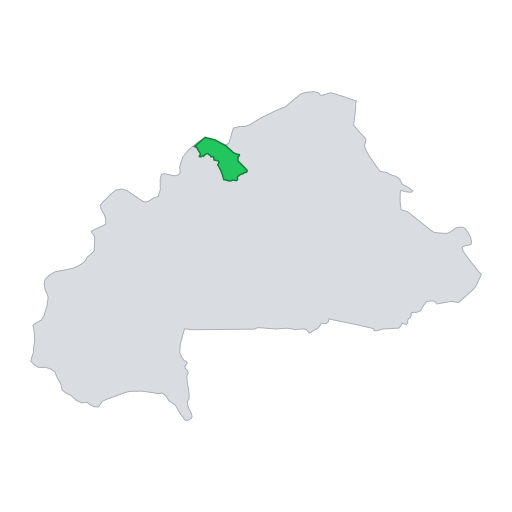 Loroum, Loroum, Burkina Faso shown in context
{"feature_id": "67063806B11896750408185", "entity_name": "Loroum", "entity_type": "district", "adm_level": 2, "iso_a3": "BFA", "parent_name": "Burkina Faso", "parent_adm1": "Loroum", "projection": "orthographic", "projection_center": [-2.146, 13.922], "detail": "fine", "context": "in_parent", "style": "filled", "palette": "green", "viewbox_px": 512, "rotation_deg": 0, "n_neighbors": 0, "source": "geoboundaries", "source_scale": "gbopen_adm2", "svg_char_len": 6390}
<svg xmlns="http://www.w3.org/2000/svg" viewBox="0 0 512 512"><path d="M397.4,328.2L382.7,329.0L377.4,330.7L374.1,330.7L374.0,329.4L373.6,328.6L355.1,324.3L342.1,321.7L328.9,318.9L328.2,321.6L326.3,323.5L323.5,323.6L321.5,323.2L320.2,325.3L318.0,328.2L315.0,329.6L312.0,331.4L310.3,332.9L309.1,332.9L306.1,329.3L302.1,329.0L294.6,329.7L291.2,328.7L286.6,328.2L275.8,329.0L258.4,327.6L255.6,328.4L254.8,329.1L237.6,329.3L218.7,329.5L202.9,329.6L189.1,329.7L189.1,329.1L184.6,329.0L184.1,330.2L180.2,344.7L179.7,352.5L181.8,357.4L184.2,360.5L186.8,361.8L187.0,363.6L184.9,365.9L185.1,368.2L187.6,370.6L188.2,373.1L186.9,375.7L187.2,382.1L189.0,392.2L189.1,398.7L187.3,401.6L188.1,406.7L191.5,413.9L192.1,417.0L190.9,418.4L188.1,420.3L185.2,420.2L181.9,415.8L180.4,413.9L177.7,409.4L175.4,405.0L172.3,403.0L169.3,401.2L165.6,395.6L162.0,392.9L158.2,393.6L152.7,392.6L141.5,391.1L129.5,391.4L124.5,392.7L119.6,394.7L107.1,399.1L102.2,401.3L98.4,406.9L94.2,406.8L90.0,404.9L87.3,402.3L81.6,402.8L76.2,400.3L70.9,395.3L67.0,393.7L62.1,390.1L60.7,383.3L57.6,378.5L54.8,371.9L50.5,368.9L45.6,367.3L38.7,367.5L34.2,364.8L30.7,360.9L31.7,357.6L33.3,352.9L33.6,348.3L34.7,340.9L34.2,331.6L33.0,325.2L36.8,322.5L41.2,320.2L44.0,315.8L46.9,306.0L48.2,297.5L47.3,294.3L45.9,291.8L44.8,288.1L44.2,283.6L45.0,279.7L48.3,276.1L52.5,273.2L55.5,271.7L63.2,270.3L73.0,268.2L78.6,265.7L82.7,263.2L85.0,261.2L87.4,257.0L91.2,253.9L94.1,250.7L94.6,241.6L94.6,236.5L92.5,233.6L91.3,231.2L105.7,224.3L105.9,219.3L103.9,213.7L101.2,209.2L100.1,205.3L104.1,200.8L107.7,197.4L110.3,194.5L116.0,190.1L121.8,189.0L127.1,190.7L142.8,201.3L145.5,202.0L148.8,201.2L152.9,198.4L158.3,196.3L160.3,189.4L160.2,179.1L161.4,174.4L164.2,173.6L173.2,175.6L175.6,175.7L178.2,175.0L180.1,173.2L180.0,169.9L179.6,167.0L182.6,157.5L188.0,150.4L198.8,141.4L202.2,139.7L206.1,138.7L225.5,144.9L228.7,143.4L233.4,128.1L238.6,126.7L244.9,126.4L249.0,125.1L251.1,124.0L260.3,118.2L276.5,110.3L285.2,106.9L286.9,105.6L293.2,100.0L301.4,93.6L306.7,92.3L314.0,91.7L318.6,92.8L319.8,94.6L321.3,95.5L330.8,92.7L344.5,96.9L356.3,101.1L355.6,103.8L355.6,108.5L354.7,116.1L353.6,125.2L358.5,131.0L364.4,137.2L366.0,139.6L364.5,145.9L365.7,149.5L368.8,155.5L374.2,163.2L379.7,171.0L383.4,172.0L387.0,172.6L389.2,174.0L392.3,175.3L395.5,176.2L398.3,177.9L400.0,179.6L402.4,184.4L408.5,187.6L412.8,190.7L411.1,192.3L405.8,191.8L400.8,190.4L400.2,192.8L400.1,201.7L401.0,209.2L402.1,210.2L407.2,211.5L419.3,221.0L430.3,230.0L433.9,232.3L440.0,233.1L446.7,233.4L449.6,232.5L456.0,227.8L459.5,227.2L462.7,227.3L464.4,228.0L467.6,231.7L470.6,237.4L471.5,241.5L471.3,243.8L470.3,244.7L465.0,245.9L462.7,246.8L462.1,248.0L463.0,250.8L464.1,252.6L470.0,260.7L478.6,271.6L481.3,274.4L479.9,277.8L475.7,286.5L472.5,290.1L458.5,302.6L451.5,301.3L436.9,304.0L434.7,301.2L431.3,300.9L427.0,301.5L425.5,302.6L425.0,303.8L423.5,305.5L420.9,310.4L418.8,311.6L416.2,312.4L413.0,312.4L411.2,313.0L411.2,315.4L410.6,317.5L408.5,318.6L407.6,321.0L407.8,323.3L406.5,324.3L403.8,323.8L402.1,323.2L400.6,326.2L398.7,328.2L397.4,328.2Z" fill="#d9dde1" stroke="#a8b0b8" stroke-width="1"/><path d="M194.6,146.4L195.1,146.5L195.3,146.6L195.3,146.9L195.5,146.9L195.7,147.0L195.8,147.0L196.0,147.1L196.3,147.1L196.4,147.3L196.5,147.4L196.7,147.2L196.8,147.2L196.9,147.3L196.8,147.7L198.7,151.1L199.2,151.8L199.6,152.3L200.0,153.0L200.3,153.8L200.3,154.1L200.2,154.6L200.2,154.9L200.0,155.3L199.7,155.7L199.5,155.9L199.4,156.0L199.3,156.3L199.5,156.4L199.6,156.6L199.8,156.7L199.9,156.8L200.3,156.8L200.8,156.9L201.0,156.7L201.5,156.5L201.9,156.2L202.2,156.0L202.5,155.9L202.9,156.0L203.1,156.2L203.3,156.4L203.8,156.0L204.2,155.6L204.6,155.3L205.0,154.9L205.1,154.6L205.6,154.3L206.0,154.0L206.5,153.8L206.9,153.6L207.3,153.6L207.7,153.6L208.1,153.8L208.4,153.9L208.7,154.1L208.9,154.4L209.0,154.6L208.9,154.6L209.1,154.8L209.5,155.1L210.0,155.4L210.3,155.6L210.6,155.9L210.8,156.1L210.9,156.3L210.9,156.6L210.9,156.8L211.0,156.9L211.3,156.9L211.7,156.8L212.1,156.7L212.4,156.6L212.6,156.5L212.8,156.5L213.1,156.6L213.3,156.7L213.6,157.1L213.7,157.4L213.7,157.6L213.8,157.8L213.9,158.6L213.9,159.2L213.9,159.6L213.9,159.8L214.0,160.0L214.3,160.2L215.1,160.2L215.7,160.3L216.8,160.6L217.9,160.9L218.3,161.1L218.5,161.2L218.6,161.3L218.8,161.5L219.0,161.9L219.0,162.0L218.9,162.3L218.8,162.6L218.7,162.7L218.6,163.2L218.2,163.9L218.0,164.2L217.9,164.3L217.7,164.5L217.7,164.8L217.9,165.1L218.4,165.8L218.7,166.4L218.9,166.9L219.1,167.2L219.3,167.6L219.5,168.0L220.2,169.3L220.7,170.4L221.1,171.3L221.6,172.5L221.9,173.2L222.3,174.3L222.8,176.0L223.1,177.1L223.2,177.7L223.4,178.4L223.6,179.0L223.9,179.8L224.2,179.8L224.4,179.7L224.5,179.7L225.1,179.8L225.5,179.9L226.0,180.0L226.4,180.2L227.1,180.4L227.5,180.6L227.8,180.7L228.0,180.7L228.5,180.7L229.0,180.8L229.3,180.9L229.7,180.9L230.2,181.0L230.6,181.0L231.1,180.9L231.5,180.6L231.9,180.4L232.0,180.3L232.3,180.3L232.6,180.2L232.9,180.1L233.3,180.1L234.2,180.3L235.4,180.5L236.0,180.6L236.6,180.5L237.0,180.3L237.2,180.0L237.5,179.7L237.6,179.4L237.6,178.9L237.6,178.6L237.5,178.4L237.6,178.2L237.5,177.9L237.5,177.7L237.4,177.6L237.3,177.3L237.3,177.1L237.3,176.9L237.5,176.7L237.8,176.4L238.3,176.1L239.2,175.5L239.7,175.0L240.5,174.6L241.0,174.2L241.4,174.0L241.7,173.9L241.9,173.9L242.1,174.0L242.3,174.0L242.5,174.0L242.9,173.9L243.3,173.5L243.7,173.1L244.1,172.7L244.5,172.5L244.8,172.5L245.3,172.5L245.8,172.5L246.1,172.4L246.4,172.3L246.6,172.2L246.8,172.0L246.8,171.8L246.8,171.6L246.9,171.4L246.9,171.2L247.1,171.1L247.2,170.9L246.9,170.7L246.8,170.4L246.8,170.2L246.8,169.9L246.8,169.7L246.7,169.6L246.4,169.4L246.1,169.3L245.9,169.2L245.7,169.0L245.6,168.8L245.6,168.7L245.1,168.1L244.6,167.5L243.6,166.6L242.9,165.9L242.0,164.9L240.9,163.8L240.5,163.4L240.2,163.1L239.8,162.7L239.4,162.3L239.0,162.0L238.8,161.8L238.5,161.6L238.4,161.3L238.3,161.0L238.0,160.3L237.9,159.7L237.8,159.4L237.8,159.1L237.8,158.9L237.9,158.7L238.0,158.5L238.0,158.3L238.1,158.2L238.0,157.9L237.9,157.7L238.0,157.6L238.0,157.4L238.1,157.1L238.3,156.7L238.5,156.5L238.7,156.3L238.8,156.2L238.9,155.9L239.4,155.6L239.4,155.2L239.3,154.8L239.3,154.7L239.2,154.5L236.9,154.3L233.4,152.6L231.9,151.3L230.6,150.0L230.1,149.6L229.0,148.7L226.9,146.8L226.8,146.7L226.8,146.4L226.6,146.4L226.4,146.3L226.4,146.2L226.1,146.2L225.9,145.9L218.4,141.7L215.4,140.0L205.0,137.4L194.6,146.4Z" fill="#22c55e" stroke="#15803d" stroke-width="1.5"/></svg>